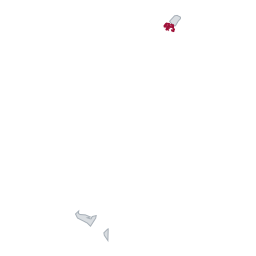 Motu, Tonga (highlighted)
{"feature_id": "48082658B71435976816388", "entity_name": "Motu", "entity_type": "district", "adm_level": 2, "iso_a3": "TON", "parent_name": "Tonga", "parent_adm1": "", "projection": "orthographic", "projection_center": [-174.08, -18.719], "detail": "fine", "context": "in_parent", "style": "filled", "palette": "rose", "viewbox_px": 256, "rotation_deg": 0, "n_neighbors": 0, "source": "geoboundaries", "source_scale": "gbopen_adm2", "svg_char_len": 3438}
<svg xmlns="http://www.w3.org/2000/svg" viewBox="0 0 256 256"><path d="M90.1,218.8L91.1,218.8L92.3,216.5L96.2,215.6L95.7,218.1L90.5,226.2L87.2,223.0L77.5,218.0L75.5,214.0L78.7,211.0L78.4,213.4L80.0,214.5L85.4,214.9L90.4,217.0L87.3,217.8L90.1,218.8ZM178.2,21.1L175.4,25.8L174.1,25.7L170.8,23.0L169.6,21.2L174.6,15.8L177.1,15.4L180.5,17.2L180.4,18.7L178.2,21.1ZM108.2,228.9L107.9,240.6L104.3,235.3L103.9,232.8L107.5,229.2L108.2,228.9Z" fill="#d9dde1" stroke="#a8b0b8" stroke-width="1"/><path d="M173.4,26.1L173.1,25.7L172.8,25.5L172.6,25.4L172.5,25.2L172.4,25.0L172.3,24.9L172.1,24.8L172.0,24.7L171.8,24.6L171.6,24.5L171.4,24.4L171.3,24.5L171.2,24.6L171.3,24.7L171.5,25.0L171.9,25.2L172.2,25.3L172.3,25.4L172.4,25.6L172.5,25.7L172.6,25.8L172.7,26.0L172.4,26.0L172.2,26.0L172.1,26.3L172.0,26.5L172.0,26.8L171.9,26.9L172.1,27.0L172.1,27.3L172.6,27.7L172.8,27.8L172.9,28.0L173.0,28.0L173.2,27.9L173.3,27.6L173.2,27.3L173.2,27.1L173.3,26.7L173.4,26.3L173.4,26.1ZM165.9,25.2L166.1,25.0L166.4,24.4L166.6,24.2L166.8,24.1L167.1,24.0L167.4,23.9L167.7,23.9L167.8,24.0L168.3,23.9L168.5,23.8L168.6,23.7L168.3,23.7L168.2,23.6L167.9,23.5L167.7,23.6L167.3,23.6L167.2,23.6L166.7,23.4L166.6,23.6L166.4,23.8L166.3,23.7L166.2,23.8L166.1,23.7L166.0,23.8L165.8,23.8L165.7,23.9L165.6,24.0L165.4,24.4L165.2,24.6L164.9,24.9L164.9,25.0L165.2,24.9L165.3,24.9L165.6,24.9L165.7,25.0L165.7,25.3L165.5,25.5L165.4,25.6L165.5,25.7L165.5,25.9L165.5,26.0L165.4,26.1L165.2,26.3L165.1,26.5L165.5,26.5L165.5,26.4L165.5,26.5L165.6,26.4L165.7,26.2L165.8,25.9L165.7,25.7L165.8,25.5L165.9,25.2ZM169.9,26.2L169.6,26.0L169.5,25.8L169.6,25.7L169.7,25.4L169.8,25.3L169.8,25.1L169.7,24.9L169.5,25.1L168.9,25.3L168.8,25.5L168.7,25.5L168.2,25.6L167.9,25.8L167.7,26.0L167.2,26.0L167.2,26.5L167.3,26.7L167.5,26.4L167.7,26.2L167.8,26.2L168.2,25.8L168.3,25.8L168.5,25.8L168.7,25.7L168.8,25.8L168.8,25.7L169.0,25.6L169.3,25.8L169.2,25.8L168.9,25.7L169.0,25.9L169.2,26.0L169.3,26.1L169.5,26.2L169.7,26.3L169.7,26.6L169.7,26.8L169.8,27.0L170.0,27.1L170.3,27.1L170.2,27.0L170.1,26.9L169.9,26.9L169.8,26.5L169.9,26.2L169.9,26.2ZM167.0,29.5L167.4,29.6L167.6,29.6L167.8,29.6L168.0,29.4L168.1,29.5L168.1,29.4L168.0,29.2L167.9,29.1L167.7,29.2L167.4,29.0L167.1,29.0L166.9,29.2L166.7,29.2L166.7,29.3L166.4,29.3L166.2,29.4L166.2,29.6L166.3,29.7L166.4,29.8L166.5,29.8L166.6,29.7L167.0,29.5ZM165.0,26.1L164.9,25.9L164.7,25.8L164.7,25.5L164.4,25.7L164.3,25.8L164.2,25.9L164.2,26.0L164.3,26.2L164.4,26.3L164.5,26.4L164.5,26.5L165.0,26.4L164.9,26.2L165.0,26.1ZM167.1,27.1L167.0,27.6L166.7,28.0L166.8,28.1L167.0,28.1L167.3,28.0L167.6,28.0L167.9,28.0L168.0,28.0L167.9,27.7L167.8,27.8L167.8,27.7L167.7,27.6L167.4,27.8L167.2,27.7L167.1,27.4L167.2,27.2L167.1,27.1ZM171.8,30.1L171.8,30.3L171.9,30.6L172.0,30.8L172.3,30.8L172.4,30.7L172.4,30.4L172.3,30.2L172.2,30.1L171.8,30.1ZM173.8,29.0L173.7,28.9L173.6,29.1L173.8,29.3L173.9,29.7L173.8,29.8L173.9,30.0L174.0,30.0L174.1,29.8L174.0,29.7L174.2,29.4L174.2,29.2L173.9,29.1L173.8,29.0ZM168.4,27.2L168.4,27.4L168.4,27.5L168.6,27.6L168.8,27.6L168.9,27.4L168.8,27.2L168.7,27.2L168.4,27.2ZM173.4,30.8L173.2,31.1L173.2,31.3L173.3,31.3L173.5,31.3L173.6,31.2L173.4,31.0L173.4,30.9L173.4,30.8ZM168.2,27.8L168.3,28.1L168.5,28.1L168.4,28.0L168.4,27.9L168.2,27.8L168.2,27.8ZM173.2,25.1L173.3,25.3L173.3,25.1L173.2,25.1L173.2,25.1ZM164.8,27.0L164.7,27.0L164.5,27.3L164.6,27.2L164.8,27.0ZM169.7,29.8L169.8,29.9L169.7,29.8Z" fill="#f43f5e" stroke="#9f1239" stroke-width="1.5"/></svg>